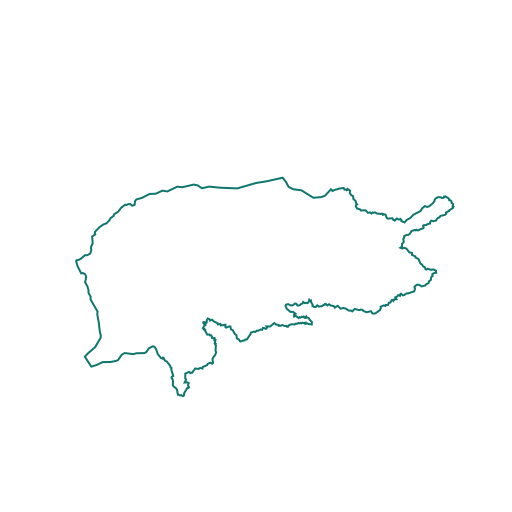 May, Phôngsali, Laos (Robinson projection), rotated 62°
{"feature_id": "54806243B58703699561211", "entity_name": "May", "entity_type": "district", "adm_level": 2, "iso_a3": "LAO", "parent_name": "Laos", "parent_adm1": "Phôngsali", "projection": "robinson", "projection_center": [102.865, 21.419], "detail": "fine", "context": "isolated", "style": "outline", "palette": "teal", "viewbox_px": 512, "rotation_deg": 62, "n_neighbors": 0, "source": "geoboundaries", "source_scale": "gbopen_adm2", "svg_char_len": 6118}
<svg xmlns="http://www.w3.org/2000/svg" viewBox="0 0 512 512"><g transform="rotate(62 256 256)"><path d="M260.9,440.8L263.2,450.6L264.6,454.4L276.4,453.3L277.4,447.8L277.7,441.2L281.2,434.4L282.9,428.9L283.1,426.6L280.2,421.0L280.0,417.6L285.0,410.5L285.8,407.1L289.2,400.4L289.4,398.2L287.2,393.8L287.3,389.5L288.5,388.3L291.1,387.9L296.5,388.8L301.5,387.8L302.8,386.6L302.0,386.0L302.3,385.5L305.6,385.5L307.3,384.3L312.9,383.3L314.3,383.8L315.2,383.2L316.8,384.2L323.1,385.4L323.1,387.1L323.9,387.8L325.6,387.5L327.7,388.1L330.8,390.0L332.3,390.1L335.6,388.6L337.3,388.6L341.7,390.1L342.0,389.4L343.3,388.8L343.7,387.4L345.4,386.3L345.4,385.1L343.3,383.7L340.2,378.5L340.8,377.5L340.4,376.8L338.1,376.7L336.7,375.1L335.4,375.8L334.2,378.4L332.4,375.8L330.7,375.9L326.6,373.6L326.9,369.5L328.7,368.9L328.5,368.0L329.1,367.1L326.8,362.5L328.8,359.6L328.6,357.8L330.2,356.1L329.0,355.1L329.4,350.5L328.5,349.2L328.8,346.3L330.5,345.3L330.2,344.1L326.6,342.8L325.2,340.9L324.3,338.6L322.2,336.3L320.8,336.3L315.9,333.3L314.9,333.5L314.5,332.8L313.7,333.4L312.2,332.1L311.5,332.3L311.1,331.1L310.5,331.3L310.4,332.1L308.9,331.2L308.5,332.4L307.4,332.7L307.4,333.2L305.7,332.7L304.7,333.1L304.5,333.9L303.5,334.0L302.5,336.0L297.9,336.0L297.4,335.6L296.9,336.4L296.3,336.5L296.0,336.0L294.8,336.7L293.6,334.9L293.2,333.0L290.9,334.0L289.8,333.7L289.8,333.0L291.7,331.4L291.6,330.8L289.8,329.8L288.6,327.9L289.9,326.8L291.4,326.9L291.5,324.9L291.9,324.5L293.7,324.1L297.3,321.5L298.5,321.8L299.2,319.3L300.8,319.7L302.3,315.3L304.4,316.4L305.2,316.1L305.6,312.6L306.2,311.7L309.0,312.5L310.7,311.3L314.7,311.4L316.7,310.4L319.8,311.6L321.7,310.3L323.9,310.1L324.3,309.6L324.6,307.0L325.2,305.8L324.7,304.8L325.4,303.3L322.3,297.4L321.2,296.4L321.8,293.2L322.8,292.2L322.3,290.4L323.0,289.2L323.0,286.6L324.1,285.2L322.8,283.7L323.5,282.5L324.7,281.9L325.1,281.0L324.2,279.7L323.1,279.8L324.9,276.7L323.8,271.4L326.0,270.4L327.5,268.4L328.3,268.7L329.0,267.5L329.3,265.2L331.2,263.6L331.9,262.1L333.1,261.8L333.5,260.8L332.6,260.1L332.9,256.7L334.6,254.0L334.3,253.0L335.0,251.9L335.0,250.0L335.8,249.6L336.1,247.9L336.7,247.7L336.7,246.3L337.4,245.8L338.1,243.6L339.2,244.2L339.4,242.5L341.0,241.2L342.6,238.9L340.4,237.6L337.9,238.5L335.6,238.6L334.5,239.4L334.1,240.6L333.0,240.2L333.4,241.9L332.1,242.2L332.4,242.7L331.1,244.0L331.3,245.6L330.5,246.3L330.9,247.4L327.6,248.9L327.3,250.8L325.5,249.8L325.5,248.2L322.7,249.5L321.6,251.8L317.0,253.6L314.1,253.4L313.4,252.7L313.1,251.5L313.8,250.0L315.9,248.6L316.7,247.0L316.3,243.8L317.2,242.8L319.1,242.7L319.8,241.4L320.0,240.2L319.5,238.8L319.8,237.3L318.7,235.9L320.5,235.1L320.8,233.7L321.8,232.6L321.2,230.9L319.6,229.5L321.3,228.9L321.3,228.4L322.8,229.0L326.0,228.9L326.6,229.6L328.4,228.5L329.1,227.1L328.3,225.1L330.1,224.3L331.3,221.1L330.9,219.4L331.3,218.3L330.7,217.7L331.0,216.9L333.2,216.2L332.9,214.2L334.7,213.3L336.8,210.8L338.6,210.6L338.3,207.3L342.3,206.0L342.8,203.5L344.4,201.6L347.8,199.7L348.8,197.7L350.1,197.0L349.1,193.6L352.3,190.3L352.5,188.6L353.4,187.4L354.9,186.9L357.5,184.9L358.7,180.4L361.3,180.2L362.2,179.1L362.7,177.4L361.9,171.8L360.6,170.3L359.3,169.8L359.6,166.3L360.8,165.3L360.2,164.4L361.2,162.4L359.6,160.6L360.2,159.3L358.6,156.7L358.9,156.0L360.2,155.7L359.2,154.3L360.1,152.3L357.9,152.4L358.1,150.7L357.3,148.8L358.8,147.6L357.2,146.1L357.5,145.5L359.6,144.9L360.1,143.9L359.7,140.6L360.4,139.3L361.5,132.9L359.6,131.0L357.6,130.6L356.9,127.6L358.1,125.3L360.6,124.0L361.5,120.3L360.9,119.1L360.9,116.2L359.6,115.4L359.2,112.8L357.6,111.8L356.5,110.3L356.6,109.5L354.7,108.7L354.7,106.4L355.4,104.8L353.5,104.0L351.2,105.6L350.1,108.4L347.9,110.2L348.0,111.8L347.4,112.5L345.1,112.2L343.8,113.3L341.6,113.4L339.9,114.3L334.9,114.0L332.3,115.9L331.2,115.5L328.3,117.7L326.5,116.9L324.8,118.9L319.9,119.8L318.2,121.6L318.1,123.2L316.5,124.6L316.4,122.9L313.8,121.3L313.3,119.5L312.3,118.6L310.2,118.1L309.4,116.5L308.0,115.9L308.1,113.2L308.9,111.5L308.6,109.8L307.1,107.1L307.1,106.0L307.4,104.0L308.2,103.3L308.0,102.2L309.0,101.7L309.7,100.4L309.5,97.8L310.1,95.4L309.8,94.7L307.7,94.2L307.5,93.5L308.7,91.0L308.3,90.0L309.0,87.1L307.9,86.5L307.1,84.6L308.4,83.4L309.2,80.3L307.9,78.2L307.8,76.7L308.1,76.1L307.2,74.3L308.4,69.9L308.0,68.2L306.8,67.9L306.9,64.5L306.5,64.4L306.0,59.5L305.2,58.5L304.5,59.1L302.8,57.6L300.8,58.4L299.4,57.7L298.1,58.2L297.5,59.2L295.8,58.8L292.3,60.7L291.9,61.8L292.5,61.9L292.5,63.5L292.0,64.7L290.8,65.4L289.5,67.8L289.5,70.3L290.5,72.2L291.4,72.8L292.6,75.5L293.4,79.8L293.0,82.0L291.2,83.3L292.0,87.1L293.6,89.6L293.4,97.4L294.9,101.9L294.9,106.1L296.1,109.1L293.3,111.3L292.5,110.7L291.1,111.0L290.9,112.8L289.0,114.1L289.9,116.7L289.1,116.8L288.7,117.8L286.7,117.8L284.9,122.1L283.6,122.7L280.3,122.2L279.4,123.2L279.3,124.5L278.4,124.3L277.6,125.0L277.5,126.1L275.1,129.4L273.3,130.5L272.9,132.2L272.3,132.8L272.7,134.1L271.1,134.8L270.4,136.9L267.1,137.8L265.0,142.1L263.9,142.1L261.4,144.5L258.9,144.5L258.1,143.8L257.9,142.5L256.8,142.9L254.1,142.3L251.3,143.2L248.7,142.2L246.9,143.4L244.3,143.6L242.3,142.3L239.9,143.6L240.5,144.1L240.5,145.1L239.6,145.2L239.0,146.7L237.1,146.7L235.7,150.4L234.5,156.0L234.6,157.9L232.3,158.5L235.2,166.8L234.5,171.0L231.5,178.0L219.3,185.1L214.5,191.8L210.4,194.7L204.5,194.8L199.4,195.7L195.0,211.6L191.6,221.6L187.5,240.8L179.0,255.4L172.7,264.9L170.8,271.9L166.2,274.4L163.7,277.5L160.7,288.7L157.8,293.0L157.4,304.0L154.4,307.9L153.9,315.4L151.3,320.7L151.1,329.7L149.9,335.0L150.7,337.0L153.9,339.2L153.5,341.7L151.2,342.5L150.3,344.4L150.1,346.4L149.3,347.4L150.1,352.5L152.2,356.9L152.5,361.6L153.7,362.8L154.3,366.7L155.6,368.5L157.0,372.7L156.5,375.6L157.0,380.3L158.9,386.4L159.9,387.6L161.5,387.8L161.8,391.5L168.2,394.3L170.1,396.9L171.4,398.0L173.1,398.4L176.0,401.1L176.1,404.6L175.0,406.6L176.2,411.8L176.2,414.2L175.5,416.5L176.0,417.2L181.2,418.3L189.3,418.5L189.8,416.8L191.7,415.5L193.1,415.5L195.0,415.9L198.9,419.2L203.6,419.1L207.4,419.9L209.9,421.2L214.1,421.1L216.9,422.5L230.7,422.0L233.1,423.6L241.1,426.1L250.2,429.7L253.0,430.2L255.3,431.6L260.9,440.8Z" fill="none" stroke="#0f766e" stroke-width="2"/></g></svg>